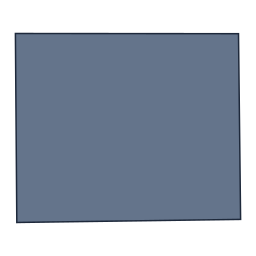 outline of Frio, Texas, United States of America
{"feature_id": "52423323B99594247353741", "entity_name": "Frio", "entity_type": "district", "adm_level": 2, "iso_a3": "USA", "parent_name": "United States of America", "parent_adm1": "Texas", "projection": "albers", "projection_center": [-99.206, 28.866], "detail": "fine", "context": "isolated", "style": "filled", "palette": "slate", "viewbox_px": 256, "rotation_deg": 0, "n_neighbors": 0, "source": "geoboundaries", "source_scale": "gbopen_adm2", "svg_char_len": 197}
<svg xmlns="http://www.w3.org/2000/svg" viewBox="0 0 256 256"><path d="M15.4,33.5L16.8,222.5L21.7,222.4L240.6,219.4L238.5,33.7L15.4,33.5Z" fill="#64748b" stroke="#1e293b" stroke-width="1.5"/></svg>